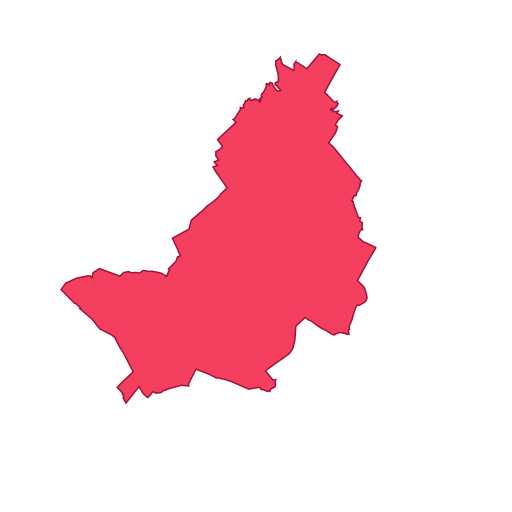 Querétaro, Querétaro, Mexico, rotated 224°
{"feature_id": "50627088B94741817456448", "entity_name": "Querétaro", "entity_type": "district", "adm_level": 2, "iso_a3": "MEX", "parent_name": "Mexico", "parent_adm1": "Querétaro", "projection": "albers", "projection_center": [-100.418, 20.726], "detail": "fine", "context": "isolated", "style": "filled", "palette": "rose", "viewbox_px": 512, "rotation_deg": 224, "n_neighbors": 0, "source": "geoboundaries", "source_scale": "gbopen_adm2", "svg_char_len": 5956}
<svg xmlns="http://www.w3.org/2000/svg" viewBox="0 0 512 512"><g transform="rotate(224 256 256)"><path d="M247.4,59.9L249.4,80.7L243.3,79.1L240.8,78.7L235.5,78.9L235.5,83.2L235.9,85.3L236.2,85.9L235.8,86.7L232.9,87.8L231.5,89.1L230.7,90.2L229.9,91.1L229.5,91.9L229.2,93.2L229.2,94.6L228.5,95.6L226.1,100.8L219.8,111.2L214.1,115.8L215.6,117.0L220.0,130.8L220.4,133.0L217.4,134.2L214.5,135.5L206.7,138.7L199.6,140.7L199.2,141.7L194.5,144.4L193.4,145.3L185.7,148.9L168.5,155.3L168.5,155.6L162.2,164.1L159.7,163.5L159.1,163.7L157.8,165.2L156.8,165.4L153.9,166.4L153.6,166.6L152.9,168.0L152.0,168.1L152.5,169.1L152.7,170.0L152.8,171.1L152.6,172.1L151.8,173.6L151.6,174.9L151.8,176.1L153.4,177.7L155.3,179.1L155.8,180.7L156.3,179.8L158.2,178.6L169.4,179.8L168.7,184.5L167.2,193.3L166.9,195.2L166.6,196.1L164.2,208.8L165.2,214.7L168.3,220.5L170.0,222.9L173.1,226.7L178.6,233.1L178.6,234.8L177.9,245.9L174.2,246.4L171.6,247.5L170.9,247.7L164.4,248.4L159.8,249.3L157.7,249.8L157.0,250.1L153.3,251.1L147.1,252.5L145.7,253.1L145.0,253.5L144.7,253.8L144.4,255.8L143.0,258.3L142.2,259.4L141.5,260.0L139.9,261.1L139.4,261.3L138.4,262.0L137.1,262.5L135.4,263.5L134.7,264.4L137.7,266.4L137.8,267.8L137.9,268.1L140.5,270.7L142.1,275.6L145.8,282.4L148.5,287.9L149.0,291.0L147.5,292.2L147.3,292.9L145.9,297.6L145.8,299.8L146.4,302.0L147.6,303.5L151.0,305.8L155.1,308.1L156.0,308.4L158.9,308.8L166.0,308.8L168.3,317.4L172.0,330.4L175.3,344.5L175.8,345.3L186.1,341.9L188.6,340.7L195.4,340.5L195.9,340.8L197.6,343.6L198.5,346.3L198.6,348.1L197.6,349.1L199.8,350.2L202.6,353.9L205.5,353.0L207.4,356.1L209.2,354.9L218.3,359.4L219.9,359.6L220.5,360.7L222.1,361.3L222.6,361.4L223.3,362.0L224.0,362.7L225.6,362.3L225.6,362.8L226.8,366.1L227.3,367.8L226.5,368.1L226.4,368.6L226.0,369.1L226.3,369.6L226.7,370.2L226.9,370.9L227.5,371.2L227.9,373.1L228.0,374.1L229.1,377.0L229.8,378.0L230.1,379.2L231.4,379.8L232.2,383.4L234.0,383.0L234.5,383.3L236.4,383.3L274.9,388.0L277.5,388.1L282.6,387.8L282.6,388.2L282.4,388.8L282.5,389.1L283.9,397.0L284.2,399.2L284.3,399.2L285.0,401.5L285.4,402.2L286.8,405.1L287.2,405.7L287.8,405.7L289.1,405.4L289.7,405.4L290.0,405.6L290.3,406.2L290.8,408.9L291.0,409.2L291.1,409.6L291.5,413.3L291.5,414.3L291.1,414.3L291.3,416.8L297.1,414.8L297.4,417.5L300.6,413.3L301.2,413.6L301.9,414.6L303.3,412.9L304.0,413.3L304.1,414.9L302.8,414.0L301.8,415.1L302.2,418.4L301.8,418.9L301.8,419.0L302.5,422.2L302.6,422.5L302.9,422.7L304.9,422.4L305.2,423.3L305.8,421.9L306.8,421.0L316.7,421.3L316.7,421.5L320.2,421.3L324.3,435.8L328.5,452.1L341.8,449.4L343.9,449.1L345.3,449.0L346.1,448.7L347.1,447.9L347.4,447.3L347.5,446.7L350.8,445.3L349.5,426.0L360.1,424.0L362.3,423.3L362.5,423.5L361.8,420.2L359.4,418.1L359.2,417.8L358.7,417.1L357.7,415.8L369.6,412.3L371.3,412.5L371.5,413.1L373.0,413.3L374.1,414.6L374.2,414.8L374.3,414.8L375.2,414.4L376.5,415.9L376.6,413.3L376.8,411.6L377.1,410.8L377.3,410.5L377.3,410.2L377.0,410.3L376.7,409.6L375.5,408.2L374.6,407.2L373.4,406.4L373.3,406.5L368.9,403.7L367.9,403.3L365.0,400.9L361.9,398.1L362.2,398.0L361.0,396.4L360.9,395.9L362.2,395.3L362.3,395.1L362.2,394.4L362.3,393.5L361.0,392.4L360.0,392.7L359.1,393.5L358.4,392.7L353.2,392.4L353.2,392.2L353.5,391.5L354.1,390.6L355.0,390.0L356.1,389.6L357.0,389.5L359.7,390.1L361.2,390.1L361.9,390.2L363.0,390.8L363.6,391.4L364.0,391.6L366.0,391.1L366.3,390.9L366.4,390.6L366.5,390.1L366.4,389.5L365.9,388.8L365.1,388.3L367.9,387.7L367.7,387.3L367.9,387.1L367.9,386.7L367.7,386.5L368.1,386.5L368.1,386.4L367.4,386.2L366.7,385.7L365.9,384.0L365.0,381.2L364.5,379.2L364.4,378.2L364.6,377.8L364.4,376.7L363.6,375.0L363.3,374.6L362.7,374.7L362.5,374.4L362.2,374.5L362.0,374.0L361.9,373.8L362.2,373.7L361.7,372.4L362.3,372.3L362.1,372.0L362.4,371.9L362.4,371.5L362.2,371.5L362.1,370.8L360.4,371.1L360.0,369.6L360.6,369.7L360.9,369.6L361.7,369.6L361.9,369.6L362.0,369.7L362.3,369.6L362.5,369.4L363.2,369.5L363.9,369.1L364.8,369.0L365.1,368.9L365.5,368.5L365.5,368.1L366.1,367.9L365.8,367.5L366.0,367.0L365.9,366.7L366.3,366.3L366.6,366.4L366.9,366.2L367.2,365.7L367.3,365.4L367.7,364.8L367.7,364.5L368.0,364.2L368.5,364.1L369.3,364.3L369.9,365.2L370.8,363.8L370.2,360.8L369.9,360.7L371.3,360.5L371.2,359.7L370.5,358.7L370.2,358.0L370.1,356.2L369.8,355.6L369.4,355.2L369.0,355.0L368.1,354.8L368.3,353.8L368.4,353.5L368.6,353.0L368.8,352.6L370.4,352.1L370.3,351.5L370.0,351.5L369.3,351.7L367.3,342.3L367.1,341.7L366.9,340.3L367.4,338.3L363.2,338.4L364.5,315.5L364.5,313.0L356.3,311.6L356.1,308.8L356.2,307.7L356.7,305.0L357.4,303.2L354.3,300.0L352.4,299.8L349.6,298.9L351.5,294.7L348.6,294.3L346.6,294.4L348.8,290.2L341.9,288.3L341.8,288.5L323.9,284.9L323.9,284.2L324.2,283.2L324.4,276.1L323.9,272.2L324.5,265.4L325.9,257.9L325.9,252.9L326.1,250.7L327.4,237.0L322.9,228.7L328.5,210.7L315.9,206.0L314.8,205.2L310.5,203.6L311.8,200.7L309.9,196.6L310.0,185.8L308.0,185.5L308.1,184.7L308.0,183.8L307.9,183.8L307.3,182.4L307.1,182.0L307.3,181.9L306.8,181.3L306.7,180.8L306.3,180.8L306.2,179.7L307.0,179.6L307.3,179.3L307.1,179.2L306.9,178.7L308.7,178.6L312.3,177.8L316.7,175.1L320.4,172.7L321.7,171.0L326.9,167.4L327.4,166.2L327.7,163.5L328.5,162.2L330.2,161.3L331.9,159.7L332.5,159.1L332.6,158.8L332.8,158.5L333.1,158.0L333.9,157.4L336.9,156.2L337.7,155.3L338.7,153.3L339.8,152.3L339.8,147.0L359.7,138.3L361.7,130.9L358.8,126.7L359.1,126.5L359.6,126.7L359.9,126.5L360.2,126.6L361.0,126.4L361.5,126.5L363.2,124.6L363.3,124.7L369.5,115.7L371.3,111.4L372.1,109.1L374.0,104.4L372.8,96.4L353.6,96.0L352.6,96.7L346.1,96.7L346.4,95.8L329.6,96.7L317.8,95.1L316.9,95.2L316.9,95.3L314.8,96.0L305.1,98.9L301.1,99.3L300.6,99.6L299.9,99.4L300.2,99.0L290.5,95.7L283.2,94.0L263.9,87.3L264.7,68.5L264.4,68.4L264.6,65.0L259.0,64.9L258.1,64.8L257.5,64.9L257.3,64.5L256.9,64.6L255.4,63.7L255.0,63.9L254.9,63.8L254.9,63.5L254.5,63.3L253.9,63.5L253.4,63.1L253.1,62.9L253.3,62.1L252.5,61.6L252.5,61.4L251.7,61.3L250.5,60.7L249.1,60.3L248.6,60.5L247.4,59.9Z" fill="#f43f5e" stroke="#9f1239" stroke-width="1.5"/></g></svg>